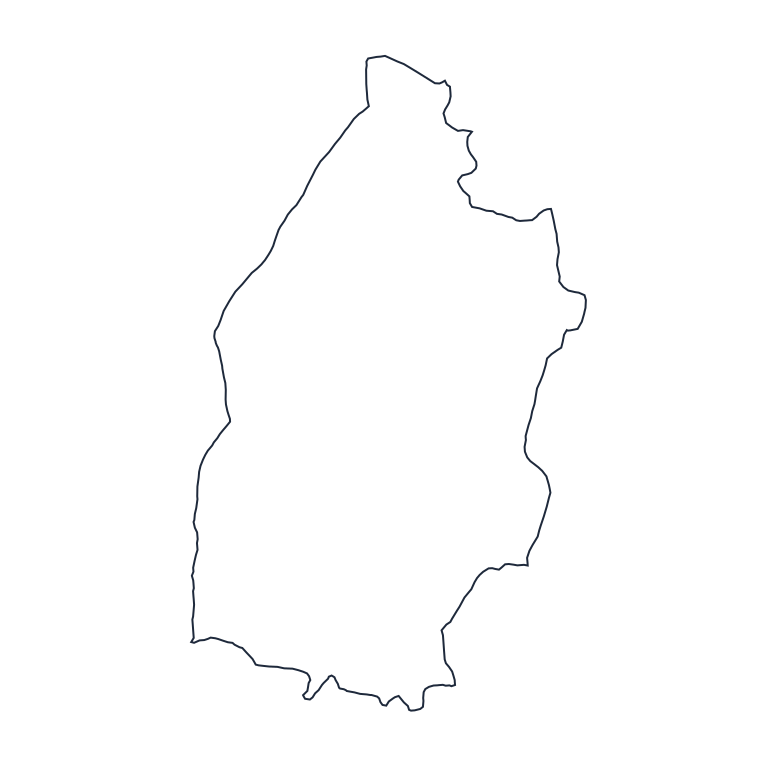 Ahnasya, Bani Suwayf, Egypt (Robinson projection), rotated 357°
{"feature_id": "37247803B37545732740300", "entity_name": "Ahnasya", "entity_type": "district", "adm_level": 2, "iso_a3": "EGY", "parent_name": "Egypt", "parent_adm1": "Bani Suwayf", "projection": "robinson", "projection_center": [30.943, 29.102], "detail": "fine", "context": "isolated", "style": "outline", "palette": "slate", "viewbox_px": 768, "rotation_deg": 357, "n_neighbors": 0, "source": "geoboundaries", "source_scale": "gbopen_adm2", "svg_char_len": 4769}
<svg xmlns="http://www.w3.org/2000/svg" viewBox="0 0 768 768"><g transform="rotate(357 384 384)"><path d="M460.7,84.3L457.8,85.8L455.1,86.8L450.6,86.3L449.2,85.3L437.5,77.1L434.5,75.0L426.3,69.4L421.7,66.3L420.5,65.5L414.2,62.6L406.7,58.7L402.2,56.4L397.5,56.9L396.7,56.9L393.6,57.0L390.0,57.5L385.2,58.1L383.3,61.1L383.4,65.0L382.6,68.9L382.0,83.5L382.1,89.3L382.2,92.2L382.3,99.1L383.4,105.8L377.0,110.8L373.3,112.9L367.7,117.8L365.2,121.0L361.4,125.8L358.6,128.7L353.2,135.7L347.7,141.6L341.3,149.5L332.1,158.5L326.7,166.4L324.0,171.3L317.7,182.1L313.2,191.0L311.4,193.0L305.9,200.8L301.3,204.8L296.8,209.8L293.2,215.7L288.6,221.6L287.8,223.0L286.8,224.6L284.5,230.2L282.4,235.4L280.6,240.3L277.9,245.2L276.7,247.0L275.2,249.2L271.6,254.1L269.7,256.1L267.9,258.1L263.3,262.1L257.8,266.1L255.0,269.1L247.7,277.0L240.4,284.0L234.1,292.8L233.3,294.0L227.7,302.7L224.2,311.5L221.5,317.4L217.9,322.4L217.0,327.3L217.1,329.4L218.1,333.1L218.1,334.0L219.1,336.9L220.1,338.9L221.1,342.7L222.3,351.5L223.3,357.3L223.4,360.2L224.5,368.9L225.6,374.7L225.7,381.6L225.0,391.3L225.1,396.1L226.2,402.9L227.2,406.8L228.3,410.7L228.3,413.6L224.7,417.6L221.0,421.5L217.4,425.5L214.7,429.4L211.0,433.4L209.2,436.4L204.6,441.3L201.9,445.3L200.3,448.2L199.2,450.2L198.3,452.2L196.5,456.1L194.8,462.0L194.0,467.8L192.3,476.6L191.6,486.4L191.7,489.3L190.0,498.1L188.3,503.9L187.5,509.8L186.6,511.8L187.6,517.6L189.6,522.4L189.8,529.2L188.9,533.1L189.0,536.0L189.1,539.9L187.3,544.8L185.6,550.7L183.8,557.5L183.9,561.4L182.1,565.4L183.2,570.2L183.3,573.1L183.4,578.0L182.5,580.9L182.6,585.8L182.7,588.7L182.8,594.5L182.0,600.4L181.2,606.2L180.3,609.2L180.4,613.1L180.5,617.9L180.6,622.8L180.7,627.6L178.0,631.6L179.5,632.1L180.8,632.5L186.4,630.4L191.1,630.3L194.8,629.3L197.6,628.2L202.3,629.1L205.1,630.0L209.8,631.9L214.5,633.7L219.2,634.6L221.1,636.5L225.9,639.3L228.7,640.2L232.6,645.0L238.3,651.7L240.0,655.0L241.2,657.5L244.1,658.4L248.8,659.2L254.4,660.1L262.8,660.9L269.4,662.7L277.8,663.5L283.5,665.3L288.2,667.1L292.0,669.0L293.9,671.9L294.9,675.8L293.1,678.7L292.3,682.6L291.4,686.5L286.9,690.5L287.4,691.7L288.7,694.2L293.5,695.2L296.3,693.2L299.0,689.3L302.7,686.3L306.3,681.3L308.1,679.4L312.7,675.4L313.6,673.4L316.4,672.4L317.8,673.3L319.2,674.3L320.2,677.2L322.2,681.0L323.2,684.9L324.1,685.8L327.9,686.7L329.8,687.7L330.7,688.6L334.4,689.5L338.3,690.4L343.9,692.2L350.5,693.1L354.2,693.9L355.2,693.9L360.8,695.8L362.7,697.7L363.8,701.5L365.7,704.4L369.4,705.3L372.2,701.3L376.8,698.3L378.6,697.3L382.3,696.3L387.2,703.0L391.0,706.8L392.0,710.7L393.9,711.6L397.6,711.5L403.2,710.4L406.0,708.4L406.8,702.6L406.7,699.6L407.5,693.8L409.3,690.8L413.0,688.8L417.7,687.7L421.4,687.7L423.3,687.6L427.0,687.5L429.8,688.5L433.6,688.4L435.5,689.3L439.2,688.3L439.1,685.6L439.1,683.4L438.0,678.6L437.0,674.7L434.1,669.9L431.2,666.1L430.2,662.2L430.0,653.4L429.9,647.6L429.8,641.8L429.7,637.9L428.6,633.0L433.7,627.5L437.8,625.1L439.6,622.1L445.0,614.2L447.8,610.3L453.2,601.4L457.7,596.5L460.5,593.5L464.1,586.6L466.8,582.6L468.7,580.6L469.5,579.7L473.2,576.7L478.8,573.6L482.5,573.6L485.3,574.5L489.1,575.4L491.8,573.4L495.5,570.4L499.3,570.3L503.9,571.2L507.7,572.1L514.3,571.9L518.0,572.8L518.0,570.4L517.8,565.1L520.5,558.2L522.8,554.4L524.1,552.3L529.5,544.4L531.3,538.5L533.1,533.6L536.6,524.8L540.1,515.0L542.8,506.2L544.5,501.3L544.0,497.4L543.4,493.5L542.2,488.3L541.9,487.2L541.4,484.8L537.5,479.1L533.7,475.2L526.0,468.6L523.2,464.8L521.2,459.0L521.1,454.1L522.8,447.3L522.7,445.8L522.7,443.4L526.2,432.6L528.9,425.7L530.6,418.9L533.2,412.0L534.1,408.1L534.9,404.2L536.6,396.4L540.2,389.5L542.9,383.6L544.7,378.7L546.4,373.8L548.2,367.0L552.8,363.0L559.2,359.0L562.9,357.0L564.7,351.1L566.4,344.2L569.4,339.7L570.3,340.3L572.8,340.2L580.3,339.1L584.8,332.2L587.5,324.4L588.0,322.5L589.2,318.5L590.0,310.7L588.9,305.8L583.3,303.0L579.5,302.2L572.9,300.3L568.2,296.5L564.3,290.8L565.1,285.9L563.0,274.3L563.8,268.4L565.5,261.6L565.4,256.7L564.4,250.9L564.3,247.0L564.2,243.1L563.2,238.3L562.0,229.6L561.0,223.7L560.4,220.4L559.9,217.9L556.2,218.0L552.5,219.1L547.8,222.1L545.1,225.0L540.5,228.1L537.7,228.1L535.5,228.2L533.0,228.2L528.3,228.3L524.6,227.4L520.8,224.6L517.0,223.7L510.4,220.9L505.7,220.0L501.9,217.2L495.3,216.3L488.7,213.6L481.2,211.8L479.2,207.9L479.2,205.0L479.1,201.1L475.3,197.3L473.3,195.4L470.4,190.6L468.4,185.8L469.3,183.8L473.0,179.8L478.6,178.8L482.3,177.7L486.9,173.7L487.8,170.8L487.7,166.9L484.8,162.1L482.8,159.2L480.9,155.4L479.8,150.5L479.8,146.6L480.6,141.7L485.0,136.7L483.8,136.2L476.2,134.6L475.2,134.7L471.1,135.1L465.4,131.4L462.7,129.1L461.2,127.9L459.7,126.6L458.6,120.8L457.6,116.9L459.4,113.0L462.1,109.1L463.9,106.1L465.6,100.2L465.6,96.3L465.4,90.5L462.6,88.6L460.7,84.3Z" fill="none" stroke="#1e293b" stroke-width="2"/></g></svg>